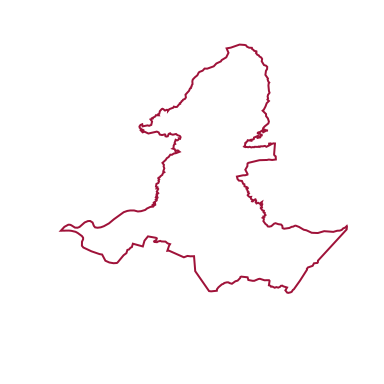 Purificación, Tolima, Colombia (Equal Earth projection), rotated 252°
{"feature_id": "7082276B94400039413071", "entity_name": "Purificación", "entity_type": "district", "adm_level": 2, "iso_a3": "COL", "parent_name": "Colombia", "parent_adm1": "Tolima", "projection": "equal_earth", "projection_center": [-74.879, 3.877], "detail": "fine", "context": "isolated", "style": "outline", "palette": "rose", "viewbox_px": 384, "rotation_deg": 252, "n_neighbors": 0, "source": "geoboundaries", "source_scale": "gbopen_adm2", "svg_char_len": 6077}
<svg xmlns="http://www.w3.org/2000/svg" viewBox="0 0 384 384"><g transform="rotate(252 192 192)"><path d="M317.5,282.8L317.3,273.5L317.9,269.3L313.1,269.7L309.5,266.2L308.3,261.0L307.3,259.8L306.7,254.9L304.8,251.5L304.6,244.6L305.5,242.1L304.1,239.6L303.9,236.5L303.6,235.4L301.3,233.1L300.2,230.2L298.7,227.5L297.3,226.6L294.4,225.8L293.5,224.7L292.3,224.1L291.9,223.2L291.1,223.0L290.9,221.9L289.2,220.5L286.6,215.9L283.8,215.4L282.8,214.2L282.5,212.0L281.7,211.1L281.6,210.2L280.7,209.4L280.2,207.9L279.5,207.9L279.3,206.7L277.6,204.1L277.8,202.8L278.8,201.1L278.0,200.3L277.8,196.1L276.6,194.3L277.4,194.6L278.0,193.3L277.8,191.5L279.7,190.3L280.3,189.6L280.2,188.8L278.8,186.4L276.6,185.1L276.4,183.9L275.2,184.1L276.2,181.4L275.2,180.4L274.6,177.0L274.0,177.2L273.9,175.0L271.4,175.8L268.4,174.0L268.2,171.7L269.1,170.3L269.7,165.3L271.8,165.6L271.7,163.8L270.6,162.3L269.3,162.1L267.8,163.0L267.1,162.5L266.6,164.2L265.8,164.9L265.4,164.6L265.7,162.7L264.0,163.5L264.0,165.5L261.1,168.6L260.3,177.2L259.0,178.7L256.6,179.1L255.4,181.1L255.2,184.0L254.7,184.3L253.2,184.0L252.6,184.9L252.5,186.2L254.3,187.7L254.6,188.6L254.5,189.4L253.8,189.4L252.4,191.5L252.1,194.7L250.5,195.8L249.1,197.7L247.7,198.1L246.3,197.1L247.0,196.1L246.4,196.0L245.7,194.5L245.7,193.7L246.7,192.6L244.0,190.6L242.9,190.9L242.7,189.8L241.8,188.9L239.4,188.0L239.2,187.1L238.0,188.8L235.9,188.9L236.2,189.9L235.9,191.4L234.1,192.6L233.9,188.8L234.2,186.5L233.6,184.4L234.2,182.9L232.5,180.6L231.9,178.4L230.7,177.0L228.8,172.9L226.5,173.7L225.1,172.9L223.1,173.0L220.6,171.1L219.4,171.8L218.9,170.1L217.5,169.1L216.7,166.8L216.0,165.9L215.9,164.5L215.2,164.1L214.0,164.7L213.1,163.6L212.2,163.8L211.0,162.8L210.7,160.7L208.3,159.4L207.3,160.5L206.4,159.5L206.1,160.6L205.3,160.8L203.2,158.6L201.3,159.5L201.0,158.9L201.7,158.4L200.7,157.5L199.7,157.7L199.2,156.9L198.6,157.3L198.1,156.2L197.1,157.2L196.2,155.4L195.4,156.1L194.9,155.8L193.7,152.3L193.3,152.3L192.8,153.4L191.2,153.1L191.0,152.3L192.0,150.8L191.8,150.4L190.5,151.1L190.1,150.6L190.7,147.9L190.2,144.0L189.4,142.0L189.5,137.7L190.2,134.5L192.4,131.1L193.6,127.2L194.0,124.5L193.9,120.8L190.2,109.3L187.8,103.3L186.7,97.6L186.6,94.3L187.2,91.1L188.3,88.9L190.1,88.2L193.7,88.0L195.9,86.2L196.5,84.0L196.2,80.5L193.5,74.2L193.4,72.1L194.3,69.7L197.7,66.9L198.6,65.8L199.1,64.2L198.3,59.9L195.7,55.3L193.4,62.9L192.4,65.2L190.1,69.0L188.4,70.6L184.1,73.7L182.2,74.3L180.8,73.9L178.7,72.0L174.9,70.7L172.8,71.5L166.7,78.0L161.5,84.9L160.3,87.2L153.4,88.4L150.5,91.6L148.5,95.4L147.7,98.6L148.0,99.5L153.0,107.4L154.1,110.7L156.9,112.7L156.8,114.3L158.0,116.3L158.2,117.8L161.1,119.8L155.4,128.4L160.4,131.8L163.4,136.4L159.6,143.5L158.8,144.2L157.4,143.2L156.8,140.7L156.1,140.8L155.1,143.2L155.4,144.3L155.3,146.7L154.4,147.7L153.0,151.5L150.7,152.9L149.2,155.0L147.9,153.5L143.7,150.4L143.3,152.0L132.4,164.1L132.6,167.9L131.3,170.7L130.3,174.1L115.7,170.6L92.5,177.6L91.6,179.5L90.4,185.1L91.8,185.7L93.2,187.7L94.9,191.8L95.0,193.6L95.5,194.6L95.3,197.3L94.7,198.9L93.9,199.4L92.4,201.6L93.7,205.7L93.6,208.0L95.3,211.2L96.2,211.8L96.3,212.7L93.7,218.5L90.9,218.4L88.8,222.2L88.3,223.8L88.7,228.3L88.5,229.7L85.7,233.6L84.3,238.0L83.5,238.3L79.5,236.3L78.5,237.7L77.5,237.9L77.2,239.2L75.4,241.1L75.5,242.8L74.4,244.5L74.6,246.4L75.3,247.6L75.0,249.0L74.1,249.6L71.8,252.9L69.6,250.4L66.9,251.4L66.3,252.4L66.1,254.8L66.3,256.0L67.7,257.7L68.0,258.8L74.3,267.3L82.6,277.4L83.4,277.5L84.4,278.9L84.5,283.9L86.5,286.0L85.8,289.3L86.1,289.9L87.8,290.6L108.6,327.5L111.3,328.7L111.8,328.7L110.8,326.6L110.7,324.6L109.7,322.7L109.6,320.7L110.3,318.0L110.4,314.1L113.9,305.6L114.1,299.0L116.2,293.3L120.2,289.0L121.6,286.6L125.7,283.0L127.9,280.3L128.1,279.5L127.8,277.4L128.1,276.0L127.7,273.5L128.6,268.3L129.6,267.0L132.0,267.4L133.5,266.7L134.7,264.2L136.5,261.8L136.5,260.3L135.0,256.9L135.2,254.7L135.9,253.4L137.2,253.2L138.9,252.0L142.2,250.9L144.0,252.0L144.9,252.0L145.6,251.3L145.8,251.9L146.5,252.2L146.0,253.2L147.1,253.8L147.4,254.8L149.3,254.3L149.8,254.7L150.9,253.8L152.0,254.5L152.8,253.3L155.5,252.4L155.9,252.8L155.8,253.8L156.9,253.8L158.7,255.1L159.1,254.9L158.9,254.0L160.9,255.4L160.6,254.3L159.7,253.0L161.3,251.6L161.2,249.8L162.7,249.4L163.6,250.3L165.4,250.1L165.4,249.2L164.3,246.8L164.6,246.3L165.6,247.3L166.9,246.1L168.4,246.0L169.1,246.6L169.4,245.4L170.4,244.5L171.8,244.0L173.1,245.8L174.2,245.1L174.9,245.7L175.9,245.1L177.5,245.2L178.0,245.5L178.7,247.0L178.8,245.0L179.8,245.5L181.2,243.7L183.2,244.2L184.0,243.2L187.1,242.9L188.4,240.1L190.3,239.3L192.8,239.5L192.1,245.9L191.5,247.7L191.4,250.1L192.0,250.4L196.7,249.6L199.4,252.6L201.9,253.6L202.3,254.5L201.4,266.0L199.3,273.2L199.1,275.1L197.7,278.1L197.0,281.8L200.0,282.6L201.4,281.7L202.4,281.7L212.5,285.9L213.1,284.3L213.0,282.5L213.9,281.9L214.2,280.3L213.9,280.2L213.5,281.5L212.7,281.3L212.0,276.7L213.3,275.6L213.5,273.7L214.3,271.0L213.9,270.4L214.6,269.6L214.4,269.0L215.6,265.6L215.4,264.8L215.9,263.9L216.1,262.1L217.2,260.8L217.2,259.2L217.9,258.1L218.2,256.6L219.1,255.6L219.8,256.8L222.1,257.8L222.1,258.6L222.9,259.3L223.1,260.3L224.0,261.0L222.3,264.5L222.7,264.8L223.6,263.0L223.1,266.6L223.2,267.1L224.6,267.8L225.0,272.0L223.8,271.6L223.3,270.2L222.9,273.8L223.5,274.2L224.1,274.0L224.2,275.8L224.6,276.0L226.6,274.2L227.5,272.7L228.0,272.9L228.2,273.5L228.0,275.4L228.7,277.1L228.0,278.1L226.8,278.2L227.4,281.3L227.0,283.2L228.4,280.6L228.5,279.5L229.1,280.0L229.8,278.9L230.7,279.4L231.9,281.3L233.6,285.8L235.2,286.9L238.6,286.9L241.2,285.9L243.3,286.5L247.5,284.3L248.1,285.7L250.6,288.3L253.4,290.5L254.8,293.3L256.6,292.3L257.6,293.3L259.4,293.4L261.0,294.4L262.4,296.4L264.3,296.4L269.7,297.6L271.4,298.4L272.2,299.3L273.3,298.7L275.7,298.7L276.4,299.3L280.7,298.0L284.4,299.8L285.7,301.4L287.8,302.2L289.3,301.4L290.5,299.7L293.0,299.1L294.8,298.7L296.8,299.8L298.5,299.4L300.1,298.0L301.2,297.8L302.4,296.5L304.4,295.8L305.1,296.6L305.9,296.7L307.0,294.8L308.3,294.3L309.2,293.4L310.6,293.5L311.6,290.9L313.2,289.2L314.6,288.8L315.5,287.7L317.5,282.8Z" fill="none" stroke="#9f1239" stroke-width="2"/></g></svg>